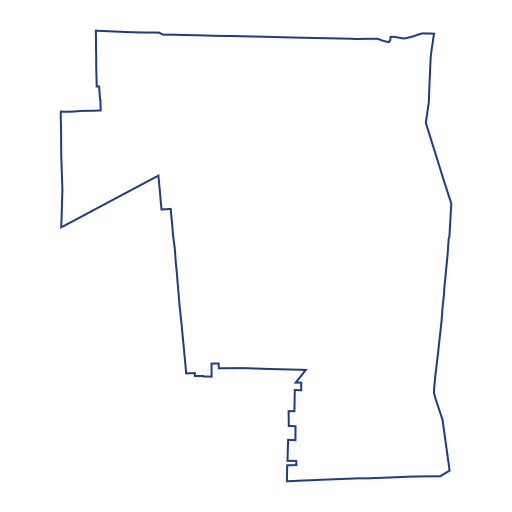 San Mateo Atenco, México, Mexico
{"feature_id": "50627088B90901919246295", "entity_name": "San Mateo Atenco", "entity_type": "district", "adm_level": 2, "iso_a3": "MEX", "parent_name": "Mexico", "parent_adm1": "México", "projection": "robinson", "projection_center": [-99.543, 19.262], "detail": "fine", "context": "isolated", "style": "outline", "palette": "blue", "viewbox_px": 512, "rotation_deg": 0, "n_neighbors": 0, "source": "geoboundaries", "source_scale": "gbopen_adm2", "svg_char_len": 2448}
<svg xmlns="http://www.w3.org/2000/svg" viewBox="0 0 512 512"><path d="M159.1,32.6L146.7,32.5L143.8,32.5L137.6,32.4L124.9,32.0L121.3,31.8L118.8,31.7L95.8,30.7L95.9,32.4L95.9,35.4L96.0,40.1L96.0,48.5L96.2,57.1L96.2,61.7L96.2,65.3L96.3,69.1L96.4,74.0L96.6,81.0L96.6,82.2L96.6,83.8L96.7,86.5L99.1,86.4L100.1,100.0L100.5,100.3L100.5,104.4L100.7,110.5L90.6,110.8L82.4,110.9L72.3,111.6L66.0,111.8L60.9,111.6L60.7,115.8L60.8,119.3L60.9,123.0L61.1,136.1L61.1,141.9L61.2,149.9L61.2,155.2L62.2,183.3L62.4,190.3L62.0,202.4L61.6,217.3L61.2,227.3L64.6,225.6L69.2,223.1L84.5,215.0L93.0,210.4L102.4,205.4L133.0,189.1L152.0,179.0L155.1,177.4L158.4,175.6L159.2,184.1L160.0,192.6L160.7,201.0L161.5,209.5L166.2,209.2L169.3,209.0L170.7,208.9L171.5,217.6L172.3,226.2L173.0,234.9L174.9,249.5L175.6,260.1L175.7,261.7L176.9,273.7L177.7,283.5L178.7,295.2L179.7,307.0L181.7,325.4L182.2,331.3L182.6,335.6L183.0,339.4L183.3,342.8L183.6,345.3L183.8,347.7L184.4,354.7L184.5,355.1L186.0,371.2L186.1,373.4L194.8,373.1L194.8,376.0L203.0,376.0L203.3,376.5L211.6,376.6L211.5,363.6L218.6,363.5L218.8,368.3L243.4,368.1L266.3,368.9L305.8,369.9L297.9,379.9L295.7,382.6L301.2,382.6L301.2,390.3L294.8,390.0L294.4,411.1L288.6,411.2L288.8,425.9L295.5,426.3L295.5,428.3L295.4,440.2L288.1,439.8L287.7,453.9L287.5,460.9L296.2,460.9L296.4,465.1L287.2,465.3L286.9,481.3L303.6,480.5L311.7,480.2L320.6,479.8L330.8,479.4L338.0,479.1L345.9,478.8L349.8,478.7L356.6,478.4L360.0,478.3L366.1,478.4L376.3,478.0L384.2,477.7L396.8,477.2L402.2,477.0L410.6,476.6L429.2,476.3L440.1,476.3L449.6,470.6L442.5,419.7L435.7,399.3L434.5,395.1L434.0,392.6L434.0,389.5L435.5,374.3L437.8,355.1L441.6,320.6L442.6,306.7L444.1,293.4L444.3,288.1L445.3,278.2L446.3,267.6L446.5,265.7L446.6,265.1L447.4,256.5L447.5,256.0L447.8,251.3L448.7,238.8L449.4,236.7L451.3,203.4L448.4,194.7L445.6,185.9L444.3,182.0L427.9,129.5L425.8,122.7L427.0,115.0L428.2,105.9L428.6,104.1L428.9,100.3L429.0,97.1L429.2,90.6L429.4,85.6L430.4,63.4L430.5,61.2L430.7,57.5L430.9,55.3L432.0,46.8L432.1,46.5L433.7,35.7L434.1,33.7L433.7,33.7L428.4,33.5L422.3,33.4L418.8,34.4L416.5,35.2L412.8,36.5L405.4,38.3L405.0,38.4L402.2,38.3L394.2,36.8L390.6,36.9L390.4,38.8L390.2,40.1L388.7,42.2L385.1,41.3L381.8,40.4L377.9,38.8L367.4,38.8L356.0,39.0L349.6,38.7L296.6,37.6L284.6,37.3L274.1,37.0L265.7,36.8L248.1,36.4L242.6,36.3L237.0,36.1L231.3,36.0L219.0,35.9L199.1,35.3L184.0,35.0L173.4,34.7L163.0,34.7L159.1,32.6Z" fill="none" stroke="#1e3a8a" stroke-width="2"/></svg>